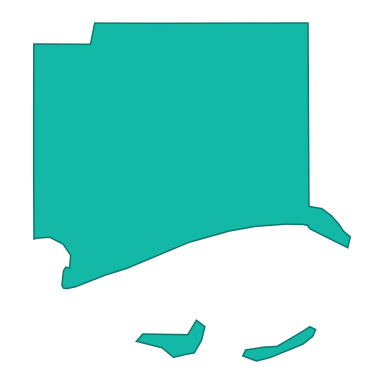 Harrison, Mississippi, United States of America
{"feature_id": "52423323B27952664457255", "entity_name": "Harrison", "entity_type": "district", "adm_level": 2, "iso_a3": "USA", "parent_name": "United States of America", "parent_adm1": "Mississippi", "projection": "robinson", "projection_center": [-89.065, 30.439], "detail": "fine", "context": "isolated", "style": "filled", "palette": "teal", "viewbox_px": 384, "rotation_deg": 0, "n_neighbors": 0, "source": "geoboundaries", "source_scale": "gbopen_adm2", "svg_char_len": 1041}
<svg xmlns="http://www.w3.org/2000/svg" viewBox="0 0 384 384"><path d="M308.0,23.0L247.2,23.1L158.1,23.3L94.7,23.1L90.5,44.2L87.6,44.3L74.6,44.2L33.8,44.0L33.7,112.7L33.7,177.3L34.0,239.0L37.0,238.2L49.5,237.2L63.1,244.1L70.7,255.3L69.6,268.0L65.9,267.1L63.5,270.7L61.9,285.3L63.7,288.3L67.1,288.5L75.5,286.8L90.7,280.8L106.4,274.7L126.5,268.5L163.4,253.0L179.6,246.2L180.2,246.0L188.8,242.4L204.4,238.0L206.8,237.3L229.0,231.1L255.1,226.4L256.1,226.3L262.4,225.8L278.3,224.7L285.6,224.1L302.5,224.4L308.0,225.4L308.6,227.4L310.6,229.2L347.7,247.7L350.3,236.9L343.7,231.4L338.6,223.9L331.3,215.7L321.8,208.6L309.0,206.4L308.8,181.4L308.4,105.5L308.0,23.0ZM142.8,334.0L136.4,341.3L162.1,347.8L173.5,357.3L179.6,355.9L185.7,354.4L194.2,352.9L201.4,340.6L204.9,326.7L196.4,320.2L187.8,334.7L179.8,334.6L142.8,334.0ZM245.6,350.0L242.8,355.9L256.4,361.0L270.7,357.3L278.8,354.0L302.8,344.2L312.8,336.2L315.6,329.6L309.9,326.7L300.6,332.6L278.8,345.4L277.1,346.4L264.2,347.1L245.6,350.0Z" fill="#14b8a6" stroke="#0f766e" stroke-width="1.5"/></svg>